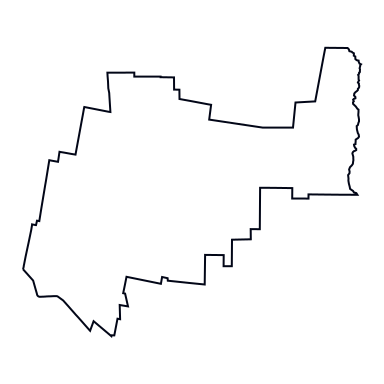 outline of Jiménez, Santiago del Estero, Argentina
{"feature_id": "61730980B84013532899060", "entity_name": "Jiménez", "entity_type": "district", "adm_level": 2, "iso_a3": "ARG", "parent_name": "Argentina", "parent_adm1": "Santiago del Estero", "projection": "orthographic", "projection_center": [-64.123, -26.917], "detail": "fine", "context": "isolated", "style": "outline", "palette": "ink", "viewbox_px": 384, "rotation_deg": 0, "n_neighbors": 0, "source": "geoboundaries", "source_scale": "gbopen_adm2", "svg_char_len": 3096}
<svg xmlns="http://www.w3.org/2000/svg" viewBox="0 0 384 384"><path d="M347.6,48.0L347.4,48.0L325.3,47.8L323.8,55.5L315.2,101.4L295.5,102.5L293.0,127.6L278.8,127.6L262.7,127.6L209.2,119.6L211.1,104.8L208.1,104.3L190.0,100.9L185.0,100.0L179.5,99.0L179.4,89.7L174.1,89.6L174.0,77.4L160.6,77.2L160.6,76.6L134.3,76.6L134.3,72.6L107.6,72.7L107.4,72.7L107.6,76.4L108.0,81.3L108.2,85.9L108.3,88.3L109.2,92.9L109.4,96.3L110.4,112.0L108.3,111.7L84.3,107.0L84.1,107.8L83.7,110.0L82.9,114.5L81.5,122.0L79.0,135.6L76.3,150.2L75.5,154.6L71.8,154.0L64.1,152.6L60.4,152.0L59.5,151.8L58.5,158.6L58.0,161.8L51.3,160.6L49.3,160.2L46.2,179.3L45.8,181.7L45.1,185.7L41.1,209.8L39.3,221.1L37.0,220.7L36.0,225.1L35.8,225.1L32.1,224.4L32.1,224.7L31.2,230.1L28.6,242.6L28.1,244.9L25.6,256.6L24.0,264.8L23.8,265.6L23.8,265.9L23.6,267.1L23.3,268.3L23.1,269.3L23.0,269.2L23.3,269.5L23.5,269.8L23.7,270.0L24.0,270.3L24.5,270.9L24.7,271.1L33.0,280.4L33.2,280.7L33.3,281.1L35.5,288.9L36.8,293.4L37.1,294.7L37.4,295.4L37.6,295.7L37.8,295.9L38.3,296.3L38.9,296.6L39.7,296.8L44.8,296.6L47.1,296.4L50.6,296.3L54.6,296.1L54.8,296.1L56.3,296.1L57.0,296.2L57.6,296.4L58.0,296.7L63.1,300.4L63.3,300.6L66.5,304.2L68.4,306.3L69.6,307.7L76.1,315.1L76.5,315.5L78.7,317.9L80.0,319.4L80.3,319.7L85.3,325.4L90.0,330.7L90.1,330.8L90.2,330.5L93.6,321.2L111.4,336.2L111.6,335.3L114.3,335.4L117.5,318.7L120.1,319.2L119.7,305.0L128.0,306.4L125.1,293.6L123.2,293.2L125.0,284.4L126.5,276.8L160.9,283.8L162.1,277.0L167.6,278.2L167.8,280.7L188.7,282.9L204.7,284.5L205.1,255.2L205.1,254.9L223.7,255.1L223.6,266.2L231.8,266.2L232.0,239.7L250.8,239.3L250.7,229.1L259.8,229.2L260.1,187.8L266.5,187.8L276.6,187.9L292.3,188.1L292.2,198.5L300.3,198.5L308.5,198.6L308.5,194.4L327.6,194.6L338.4,194.7L357.4,194.8L356.3,193.1L353.9,192.4L353.1,191.0L350.1,188.9L349.7,186.7L348.9,183.7L348.4,180.7L348.5,178.5L348.1,175.1L349.5,173.2L349.6,171.5L349.1,169.5L350.0,167.2L351.8,165.4L352.9,163.8L353.1,161.8L353.4,160.2L353.3,158.5L353.3,156.8L353.2,156.4L352.4,153.5L352.6,152.7L353.0,152.0L354.0,151.1L355.2,150.7L356.2,150.1L356.2,149.5L356.2,148.8L355.1,147.8L354.2,146.0L354.0,144.6L355.5,144.1L355.5,142.2L355.6,142.5L355.7,139.6L356.6,139.0L358.1,138.0L359.0,136.7L358.7,134.6L357.8,133.0L357.6,132.1L357.2,130.6L356.9,129.2L356.7,126.1L357.9,125.0L358.5,122.6L359.0,121.5L359.0,119.4L358.6,116.8L358.3,115.5L358.3,114.2L358.5,112.0L358.5,110.9L358.5,110.6L358.5,109.6L357.4,108.8L355.8,106.5L353.1,103.9L353.0,102.3L353.8,101.3L353.1,99.7L353.8,98.9L355.4,98.3L355.4,97.0L354.0,95.5L354.1,95.0L354.3,93.5L355.4,92.2L357.1,90.9L357.9,90.0L357.9,88.8L358.8,87.9L359.2,86.9L359.2,85.5L358.9,84.8L358.9,83.5L357.9,82.6L358.4,81.4L359.1,80.5L358.6,79.4L358.6,79.0L358.6,77.3L358.6,75.8L358.1,74.9L359.1,73.7L359.1,72.6L359.9,72.0L359.9,70.7L360.0,69.2L359.6,68.3L360.1,66.5L360.2,65.4L360.5,64.9L361.0,64.3L359.5,63.6L358.6,61.5L358.6,60.6L356.7,60.2L355.4,59.1L355.3,57.8L355.3,56.5L353.8,55.7L353.9,54.1L353.9,53.3L352.4,52.5L351.8,51.8L350.7,51.5L349.4,51.2L349.2,50.6L348.9,49.4L347.7,48.1L347.6,48.0Z" fill="none" stroke="#020617" stroke-width="2"/></svg>